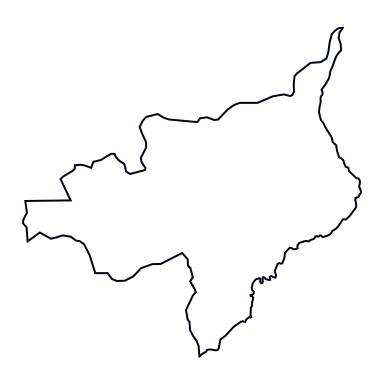 outline of Ouadda, Haute-Kotto, Central African Republic
{"feature_id": "33826404B85937091100445", "entity_name": "Ouadda", "entity_type": "district", "adm_level": 2, "iso_a3": "CAF", "parent_name": "Central African Republic", "parent_adm1": "Haute-Kotto", "projection": "mercator", "projection_center": [22.72, 8.057], "detail": "fine", "context": "isolated", "style": "outline", "palette": "ink", "viewbox_px": 384, "rotation_deg": 0, "n_neighbors": 0, "source": "geoboundaries", "source_scale": "gbopen_adm2", "svg_char_len": 3288}
<svg xmlns="http://www.w3.org/2000/svg" viewBox="0 0 384 384"><path d="M342.7,27.8L338.5,28.2L334.7,30.9L331.7,34.3L329.6,42.8L328.3,52.5L326.3,58.6L320.7,62.1L310.5,62.9L296.8,73.6L294.5,76.2L293.7,84.4L294.1,91.5L292.2,95.2L289.9,96.0L284.1,94.4L273.2,96.2L257.4,102.9L239.7,102.9L234.2,104.9L227.4,109.8L218.2,119.5L214.2,120.0L210.2,118.5L206.9,117.3L200.0,118.3L197.4,122.1L169.1,119.5L163.5,117.6L157.6,114.0L146.1,117.0L142.9,120.6L139.6,126.9L142.2,133.8L145.9,141.6L146.2,147.4L140.9,157.8L141.3,161.4L143.3,164.9L145.5,167.9L144.9,170.1L129.9,174.0L126.2,171.5L124.3,164.0L119.2,160.7L116.0,157.2L114.6,153.9L111.2,153.9L107.1,156.1L100.7,160.1L93.6,161.7L91.1,167.8L85.4,165.6L80.8,164.8L75.0,165.2L74.7,168.9L72.7,170.8L63.2,176.5L60.5,179.1L62.5,183.2L70.7,200.4L25.3,201.0L26.9,212.9L24.9,216.6L23.3,219.8L23.0,223.4L26.6,227.3L27.6,241.4L39.8,232.5L50.9,238.7L54.9,237.8L62.7,235.4L70.8,236.7L76.0,240.6L79.8,241.2L84.1,244.3L89.4,254.6L95.3,273.1L107.6,273.1L112.0,279.1L116.9,281.0L124.9,280.7L133.3,276.4L141.2,268.1L152.5,264.1L160.5,264.0L182.2,253.0L187.7,259.3L188.0,265.7L190.4,268.1L192.8,277.4L190.1,281.3L194.4,288.6L195.8,292.1L192.8,295.7L186.0,310.1L187.7,319.5L189.5,322.1L190.1,330.3L193.3,336.2L196.8,341.3L198.6,346.0L199.4,356.2L202.3,353.9L206.2,351.6L207.1,349.9L208.7,349.5L211.6,349.5L213.6,350.0L215.6,350.3L217.6,350.1L218.8,348.2L220.4,339.4L225.3,335.9L234.0,326.5L240.8,321.9L242.6,321.2L243.9,321.8L245.3,321.8L245.9,320.1L246.9,318.9L248.7,317.5L249.7,316.7L250.6,317.5L251.2,317.1L250.7,315.2L250.6,313.7L250.9,307.7L252.0,305.8L252.0,302.9L253.3,298.0L252.4,296.6L250.8,296.0L250.7,295.0L252.3,294.6L253.4,293.9L254.0,291.8L252.0,289.8L251.8,287.5L252.8,283.2L255.6,279.5L257.4,278.8L259.5,278.2L260.3,279.1L260.2,281.1L260.4,282.3L261.0,283.1L262.2,283.2L262.8,281.6L262.7,280.1L262.6,278.1L263.2,277.2L264.4,277.6L265.3,278.6L266.4,279.3L267.5,279.6L269.0,279.9L270.1,279.8L269.9,278.7L269.8,277.0L270.7,276.2L271.8,276.3L273.7,277.2L275.4,277.6L276.1,275.3L275.5,273.6L274.8,271.4L275.9,268.1L277.6,264.1L279.0,263.1L280.4,263.4L281.3,263.7L282.3,263.2L284.4,257.8L285.0,252.8L289.8,247.7L291.4,248.0L293.3,249.2L294.4,249.3L296.2,249.0L297.5,248.2L297.5,245.4L299.3,242.9L302.2,242.0L304.3,241.2L306.6,241.0L308.3,241.5L309.7,240.7L310.5,239.9L312.1,239.5L313.4,239.1L314.4,238.3L315.1,237.2L315.6,236.3L316.7,236.1L317.9,236.5L318.7,236.5L319.8,235.8L320.2,235.4L321.3,235.6L322.1,236.7L322.9,237.2L325.1,236.4L327.3,235.8L329.8,234.5L331.5,232.7L332.1,231.2L333.9,230.0L335.8,228.8L337.6,227.1L343.1,219.2L345.9,219.5L349.7,215.9L353.9,210.3L356.2,207.1L356.1,203.1L355.3,200.6L355.5,197.9L358.5,196.9L359.7,194.3L361.0,192.8L360.6,189.8L360.0,188.5L359.1,186.9L360.0,182.6L359.7,180.3L358.5,178.5L356.3,178.1L348.9,171.0L348.3,167.6L345.8,166.9L344.4,164.0L343.8,161.6L343.2,160.1L341.0,158.3L339.1,157.2L337.0,150.8L336.2,145.3L332.7,142.0L331.5,137.1L325.3,127.2L323.4,123.0L321.5,121.0L320.5,118.7L319.0,112.1L319.5,107.3L320.7,101.9L320.5,98.1L321.1,96.3L322.4,94.7L322.6,92.6L321.9,90.8L321.6,89.5L325.2,84.8L328.8,78.6L329.8,75.0L330.2,71.5L332.2,67.2L335.6,57.8L337.4,54.4L341.0,50.4L341.1,48.8L340.7,44.2L340.0,41.7L338.6,38.0L339.1,35.4L339.6,32.2L342.2,29.2L342.7,27.8Z" fill="none" stroke="#020617" stroke-width="2"/></svg>